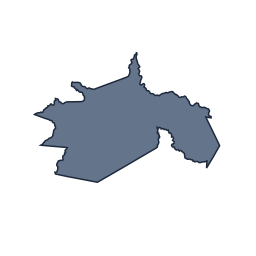 Parnamirim, Pernambuco, Brazil (Robinson projection), rotated 205°
{"feature_id": "56859067B61443615516540", "entity_name": "Parnamirim", "entity_type": "district", "adm_level": 2, "iso_a3": "BRA", "parent_name": "Brazil", "parent_adm1": "Pernambuco", "projection": "robinson", "projection_center": [-39.739, -8.164], "detail": "fine", "context": "isolated", "style": "filled", "palette": "slate", "viewbox_px": 256, "rotation_deg": 205, "n_neighbors": 0, "source": "geoboundaries", "source_scale": "gbopen_adm2", "svg_char_len": 5218}
<svg xmlns="http://www.w3.org/2000/svg" viewBox="0 0 256 256"><g transform="rotate(205 128 128)"><path d="M112.8,94.5L104.9,106.0L93.9,121.9L93.4,123.0L93.5,123.9L94.1,124.5L93.8,125.8L93.8,127.1L94.1,128.2L95.2,129.7L95.7,130.4L96.0,131.2L95.4,132.4L95.6,133.4L96.3,133.4L96.6,134.7L97.4,135.1L97.9,135.5L98.2,136.3L99.0,135.6L99.7,136.6L99.6,137.7L100.1,138.3L100.2,139.5L101.5,140.2L101.8,141.1L101.2,140.9L99.8,141.2L99.6,141.9L98.2,141.9L97.6,141.1L96.9,141.6L95.6,142.4L94.6,141.9L93.7,142.6L91.8,142.4L90.8,143.2L89.5,141.7L88.5,140.8L87.3,141.5L86.3,140.7L85.7,140.4L85.2,139.3L84.7,138.3L84.0,138.9L83.3,138.6L82.3,137.8L82.3,136.9L82.4,135.6L80.4,135.1L79.9,134.1L80.0,133.2L80.3,132.5L81.0,132.3L81.4,131.5L81.1,130.5L79.7,129.6L79.2,130.1L77.7,130.1L77.4,129.3L76.0,128.7L75.3,128.5L74.5,128.6L73.5,129.7L71.7,128.8L71.1,129.7L70.1,129.9L68.9,129.3L68.1,129.4L67.2,129.0L66.1,128.8L65.4,127.4L64.5,126.3L63.9,125.1L62.8,124.9L62.0,125.0L61.4,124.7L59.9,125.3L58.9,125.9L58.2,126.1L57.4,125.8L56.6,126.3L55.7,126.2L55.1,125.4L54.3,125.8L53.2,125.5L52.7,126.1L51.5,126.7L50.8,127.0L50.1,127.0L49.4,126.7L48.8,126.8L47.9,127.2L46.5,128.4L45.8,129.0L44.7,129.4L43.7,130.2L42.6,131.5L42.3,130.9L39.9,124.9L38.7,136.1L38.4,139.0L38.2,142.1L37.5,150.7L41.8,154.3L48.4,159.7L52.5,163.0L53.4,163.7L62.1,170.8L57.0,172.3L57.5,173.5L58.4,173.5L59.5,173.2L60.6,174.0L60.8,174.9L61.4,175.9L61.2,176.8L61.3,177.9L62.3,178.7L63.2,179.3L64.4,179.0L65.1,179.0L66.0,179.1L67.1,179.1L68.2,178.8L68.8,178.0L70.3,177.8L71.2,177.8L71.8,177.5L72.4,177.9L73.4,178.5L73.9,179.2L74.6,180.0L75.4,179.7L76.4,179.7L77.1,178.8L77.5,178.1L77.9,176.7L78.5,175.7L80.3,175.1L81.0,175.4L82.8,176.3L83.5,177.7L84.7,178.1L86.0,179.1L87.2,179.5L89.0,180.8L90.1,180.9L91.5,179.2L92.8,178.8L93.5,178.0L94.2,177.5L95.2,177.5L96.3,178.3L97.2,178.4L98.2,178.8L99.1,178.4L100.2,178.9L101.2,178.9L101.6,179.3L102.4,179.7L103.5,179.7L104.3,179.1L105.4,178.3L106.3,177.3L106.7,176.6L108.5,176.3L110.0,174.7L111.2,174.0L112.5,172.2L113.6,170.3L114.4,170.4L115.0,170.3L115.9,169.8L117.2,168.9L118.1,169.2L119.2,169.6L120.2,169.5L121.5,168.9L122.7,169.0L123.9,170.0L125.0,170.4L127.1,169.8L127.9,170.9L128.4,171.4L129.2,171.7L130.6,171.7L131.0,173.6L131.3,174.3L131.9,174.8L132.7,174.8L133.4,174.0L133.9,172.9L134.8,172.4L135.6,172.7L136.1,173.5L136.1,174.7L136.6,176.0L136.8,179.5L137.3,180.5L137.9,180.8L138.7,180.6L139.3,180.3L140.0,180.5L140.6,180.9L141.1,181.9L141.4,184.4L142.2,185.1L144.0,186.2L143.2,187.9L143.4,188.7L144.1,189.2L145.1,189.6L146.0,190.1L146.8,191.0L148.2,192.8L149.0,193.4L149.7,194.5L150.3,195.3L150.9,196.3L151.0,198.2L151.3,199.2L152.4,200.3L152.0,199.3L152.0,198.5L152.8,197.1L152.8,196.1L152.1,193.3L152.5,192.7L154.0,191.4L153.7,190.4L152.0,188.9L152.5,186.7L153.1,186.0L153.3,185.3L152.7,183.8L152.9,183.0L152.0,182.5L151.1,181.8L149.7,179.1L149.6,178.3L149.5,177.4L149.5,175.6L149.7,174.7L150.3,174.0L150.9,173.3L174.8,149.1L175.4,148.6L176.5,148.3L177.7,148.1L178.5,147.8L179.3,147.9L180.2,147.9L180.8,147.2L181.3,146.5L182.7,146.5L183.6,146.9L184.5,147.2L185.3,147.1L186.2,146.6L187.3,146.6L188.2,146.8L188.6,147.4L189.6,148.1L190.8,148.7L191.4,148.5L192.1,148.2L192.8,148.2L193.7,147.6L194.7,147.3L195.3,146.8L196.0,146.6L196.8,146.1L197.7,146.3L198.1,145.7L197.9,144.7L197.4,143.5L197.2,142.6L196.6,142.0L195.5,142.1L194.3,142.6L193.7,141.8L192.8,141.6L191.7,141.4L191.2,140.7L190.5,140.3L189.9,141.3L189.1,140.9L188.3,140.4L187.5,140.2L186.2,140.3L185.3,140.8L184.6,140.9L184.0,140.5L183.5,139.9L182.9,139.2L181.9,138.6L180.9,138.3L180.4,137.1L179.7,136.1L179.5,134.9L179.7,134.1L180.2,133.4L180.8,132.6L181.4,132.2L185.3,130.3L186.0,130.0L187.1,129.4L194.0,126.1L194.7,125.6L195.4,124.9L196.1,124.2L196.5,123.1L197.4,122.4L198.9,122.4L200.0,123.0L200.7,122.8L201.6,122.6L202.2,123.3L202.7,123.8L203.3,124.3L203.9,124.6L204.8,124.3L205.7,124.2L206.3,124.1L205.9,123.3L205.2,122.6L205.6,122.0L206.1,121.3L205.6,119.9L205.1,119.0L205.0,118.1L205.1,117.3L205.9,116.9L206.6,117.0L207.4,117.3L208.0,117.3L208.4,116.6L208.5,115.4L209.2,114.7L210.0,114.2L209.7,113.6L209.7,112.8L210.5,111.9L211.1,110.8L211.2,109.9L211.9,109.1L212.0,108.1L211.7,107.0L212.0,106.3L212.5,105.7L213.6,105.7L214.2,104.7L215.2,104.2L216.0,103.8L216.9,102.8L217.9,101.9L218.5,100.7L206.7,101.7L205.7,101.9L203.2,102.2L201.9,101.9L200.8,102.4L200.1,102.5L199.3,101.7L198.6,101.3L198.0,101.2L197.2,101.4L196.0,100.4L195.3,99.2L194.3,98.4L193.5,97.1L193.8,96.4L194.2,95.5L194.2,94.3L194.1,93.5L193.5,92.0L193.4,90.7L192.9,89.4L193.1,87.9L193.4,87.2L194.0,86.6L194.5,85.8L195.2,85.3L195.8,83.7L196.4,82.8L197.0,82.2L197.7,81.3L197.8,80.0L198.3,79.2L198.4,77.9L198.8,76.9L199.2,76.4L199.8,75.6L198.2,76.1L184.7,81.0L177.1,83.8L174.8,84.5L174.9,82.6L175.4,81.7L175.5,80.7L174.8,80.1L174.3,79.5L174.9,78.5L174.2,77.3L174.4,76.5L175.0,75.8L175.1,74.8L174.6,73.5L173.9,72.7L173.4,71.7L174.2,70.9L174.8,70.5L175.8,70.1L176.5,69.1L177.2,68.8L177.2,67.5L177.3,66.5L177.3,65.6L176.9,64.2L176.0,63.5L175.3,63.4L174.9,62.3L174.4,61.7L174.2,60.0L174.0,58.8L174.2,57.8L174.9,57.2L175.5,57.1L174.8,56.0L174.1,55.7L162.4,58.4L161.3,58.7L147.5,62.2L132.8,65.9L126.5,74.9L125.2,76.7L119.5,84.9L112.8,94.5Z" fill="#64748b" stroke="#1e293b" stroke-width="1.5"/></g></svg>